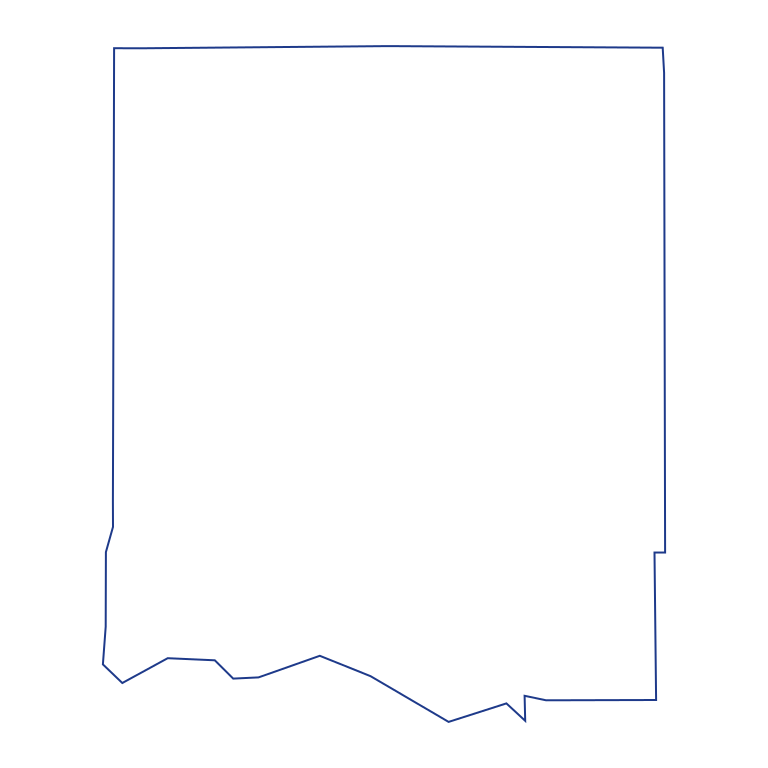 the district of Jefferson, Kansas, United States of America
{"feature_id": "52423323B63595933107689", "entity_name": "Jefferson", "entity_type": "district", "adm_level": 2, "iso_a3": "USA", "parent_name": "United States of America", "parent_adm1": "Kansas", "projection": "orthographic", "projection_center": [-95.427, 39.226], "detail": "fine", "context": "isolated", "style": "outline", "palette": "blue", "viewbox_px": 768, "rotation_deg": 0, "n_neighbors": 0, "source": "geoboundaries", "source_scale": "gbopen_adm2", "svg_char_len": 446}
<svg xmlns="http://www.w3.org/2000/svg" viewBox="0 0 768 768"><path d="M113.2,401.2L112.9,501.7L113.0,526.9L105.9,552.1L105.7,626.7L102.9,664.4L122.3,683.0L167.7,658.2L214.8,660.3L233.2,678.6L258.5,677.4L319.8,655.8L370.6,676.2L448.6,721.9L506.4,703.4L525.2,720.8L524.6,695.8L546.1,700.3L656.1,700.0L654.5,552.5L665.1,552.5L664.1,72.9L662.7,47.7L388.1,46.1L139.5,48.3L114.1,48.2L113.2,401.2Z" fill="none" stroke="#1e3a8a" stroke-width="2"/></svg>